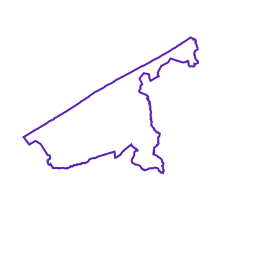 Grands Ponts, Lagunes, Ivory Coast, rotated 155°
{"feature_id": "98640826B83353125268201", "entity_name": "Grands Ponts", "entity_type": "district", "adm_level": 2, "iso_a3": "CIV", "parent_name": "Ivory Coast", "parent_adm1": "Lagunes", "projection": "albers", "projection_center": [-4.906, 5.455], "detail": "fine", "context": "isolated", "style": "outline", "palette": "violet", "viewbox_px": 256, "rotation_deg": 155, "n_neighbors": 0, "source": "geoboundaries", "source_scale": "gbopen_adm2", "svg_char_len": 5873}
<svg xmlns="http://www.w3.org/2000/svg" viewBox="0 0 256 256"><g transform="rotate(155 128 128)"><path d="M116.6,73.3L115.4,72.4L114.9,73.5L113.6,74.1L113.5,74.4L113.6,75.0L113.4,75.6L113.5,76.3L112.8,78.2L112.9,78.5L113.2,78.9L113.2,79.1L112.0,79.5L111.7,79.7L111.5,80.1L110.7,81.1L110.8,81.5L111.4,82.3L111.4,82.7L110.9,83.9L110.9,85.4L111.1,86.0L111.9,87.7L113.0,89.0L113.1,90.0L113.3,90.5L114.3,91.3L114.7,92.2L115.2,93.0L116.0,93.2L116.1,93.6L115.8,94.0L115.5,94.7L114.5,94.9L114.2,95.3L114.1,95.9L114.5,96.4L114.4,96.6L114.0,96.7L113.5,97.0L113.1,98.3L112.4,99.2L112.2,99.2L111.6,99.2L111.0,99.5L109.8,99.6L109.4,99.9L108.8,100.5L107.8,100.4L107.5,100.4L107.2,100.7L107.1,101.3L106.6,101.6L106.5,101.9L106.7,102.3L106.6,102.7L105.9,104.0L105.5,104.3L104.9,106.3L104.3,106.9L103.4,107.0L102.6,108.0L102.2,108.7L101.6,109.2L101.6,109.9L101.9,110.2L102.3,110.4L102.5,110.8L102.5,111.3L103.0,111.4L103.1,111.5L103.7,111.6L103.9,112.6L104.3,113.3L104.2,114.0L105.1,115.1L105.0,115.6L104.4,116.5L104.8,116.8L105.2,117.9L105.2,118.6L105.5,119.7L105.4,120.6L105.4,120.9L105.6,121.1L105.2,121.4L104.8,122.3L104.8,122.5L104.4,123.1L103.8,123.4L103.7,123.7L103.9,124.1L103.9,124.9L103.5,125.4L103.3,126.1L103.5,126.3L103.3,126.4L103.5,126.8L102.8,127.2L102.8,127.7L102.7,127.9L102.8,128.3L102.4,129.0L102.4,129.9L101.9,130.4L101.9,130.7L101.3,131.0L101.2,131.4L101.0,131.8L101.0,132.2L100.7,132.6L100.4,132.7L100.2,132.9L100.2,134.6L99.8,135.1L99.8,135.3L99.9,135.5L99.9,136.6L99.2,136.8L98.6,137.9L98.6,138.1L98.7,138.5L98.8,139.2L98.8,139.5L98.6,139.6L98.7,139.8L98.6,140.2L98.3,140.6L97.9,140.8L98.0,141.1L98.3,141.5L97.5,142.1L97.8,142.4L97.8,142.8L97.4,143.2L97.8,144.0L97.8,144.3L98.0,144.3L98.1,144.5L97.9,145.1L97.9,145.4L98.1,146.0L98.3,146.0L98.3,146.4L98.4,146.7L98.2,146.8L97.9,146.7L97.8,147.1L97.3,147.3L97.2,147.2L97.2,147.5L97.0,147.8L96.5,148.0L96.7,148.7L96.9,148.8L97.2,149.4L97.1,149.9L102.0,155.1L102.4,155.8L102.4,156.0L102.4,156.6L102.0,157.3L101.5,157.6L100.7,157.8L99.8,158.8L99.5,159.6L99.5,160.3L99.4,160.4L98.2,161.2L97.4,161.3L96.6,161.6L96.6,168.0L90.6,171.0L86.3,167.9L86.9,165.8L87.4,164.9L87.5,163.2L87.8,162.0L87.6,161.2L81.9,161.8L78.3,161.9L78.7,163.4L78.2,164.1L77.5,164.7L77.6,165.7L71.5,170.2L63.9,170.5L60.1,173.0L50.7,164.2L49.5,164.0L49.2,163.7L48.5,163.5L46.6,163.5L45.7,163.7L45.3,163.6L45.3,162.6L45.6,162.3L45.6,161.9L45.9,161.2L45.8,160.7L46.4,159.2L46.4,158.1L45.5,157.4L43.9,157.0L42.7,156.0L41.9,156.0L41.2,156.3L41.1,157.3L40.8,158.2L40.1,157.6L38.8,157.4L37.2,157.4L36.9,157.7L36.5,158.4L36.5,158.9L36.7,159.3L37.4,161.2L37.5,161.7L37.5,162.6L37.3,163.4L37.4,163.9L37.3,164.4L37.0,164.7L36.8,165.0L37.0,166.1L36.5,166.6L36.7,167.3L36.0,168.3L35.3,168.7L34.7,169.5L33.8,169.6L32.9,169.5L31.8,169.8L31.6,170.1L31.5,170.5L31.2,171.0L31.1,171.5L31.2,171.9L30.8,174.0L30.9,174.4L30.7,174.8L30.7,175.2L30.9,175.5L30.7,176.5L30.9,176.9L30.7,177.2L30.3,177.2L29.8,177.7L30.0,178.1L30.0,178.4L29.7,178.7L29.6,179.2L29.9,179.5L29.9,179.9L30.2,180.1L30.8,180.8L31.3,180.7L31.2,181.0L31.4,181.4L31.1,181.5L31.4,181.8L31.9,182.0L32.8,183.1L33.0,183.6L40.6,182.3L42.6,182.3L43.8,181.8L48.9,181.4L51.0,180.8L53.8,180.8L57.3,180.2L63.4,179.6L66.4,179.6L70.1,178.9L77.7,178.8L79.8,178.4L87.7,177.9L88.9,178.1L93.7,177.9L94.3,177.6L97.5,177.6L105.8,177.0L107.0,177.2L107.7,177.2L108.8,176.8L112.2,176.8L112.6,176.9L113.2,176.7L120.1,176.4L121.1,175.9L124.9,175.5L126.9,175.8L128.1,175.5L130.2,175.6L132.9,174.9L138.7,174.6L142.8,174.5L149.2,173.4L150.7,172.8L152.9,172.7L156.5,172.0L158.7,172.0L159.6,171.8L160.4,171.4L169.8,170.1L177.3,169.1L187.1,168.1L190.8,167.9L191.3,167.3L197.3,167.3L198.5,166.8L204.7,166.1L207.6,165.9L209.9,165.5L212.9,165.5L217.9,164.8L226.4,163.9L224.5,154.7L217.3,155.4L213.9,150.3L212.3,137.4L210.8,136.4L210.6,136.3L210.6,136.0L210.7,135.1L211.0,134.7L211.3,133.6L211.6,133.2L212.1,133.0L213.4,133.0L214.0,132.7L214.6,132.7L214.9,131.9L214.6,131.6L214.7,131.3L214.9,131.2L215.1,131.3L215.3,131.1L215.5,129.0L215.3,128.5L214.7,127.8L214.0,128.0L213.9,127.7L213.4,128.0L213.2,125.7L213.2,125.4L212.7,124.8L213.0,124.0L213.0,123.4L208.9,121.6L208.3,121.6L207.8,120.6L207.5,120.4L206.4,120.5L206.1,120.0L205.1,119.9L204.2,119.4L203.4,119.2L202.4,118.2L201.7,117.9L201.5,117.7L200.7,117.6L200.6,117.2L200.0,117.0L199.8,117.1L199.6,117.4L199.3,117.4L199.0,117.0L198.6,117.1L197.8,117.0L196.8,117.4L196.7,117.6L196.2,117.6L196.1,117.3L195.7,117.5L195.6,117.4L195.5,117.1L195.2,117.1L195.0,116.7L194.5,116.9L194.3,116.8L193.9,117.0L193.7,116.8L193.0,117.2L192.5,117.2L192.4,117.0L191.8,117.0L191.1,116.7L190.9,116.2L190.6,116.2L190.3,116.2L189.8,116.5L189.3,116.5L188.8,115.9L187.6,115.9L186.9,115.4L186.7,115.7L186.3,115.8L185.9,115.6L185.5,115.7L185.3,115.4L185.1,115.6L184.7,115.7L184.0,115.3L183.2,115.3L182.9,115.1L182.5,114.5L182.2,114.3L181.4,114.6L181.1,114.6L180.3,114.2L178.9,114.4L178.1,114.4L177.6,115.0L176.2,115.9L175.3,116.0L172.0,115.3L171.3,115.2L170.8,114.8L170.0,114.5L169.4,114.5L168.7,114.8L168.2,114.9L150.2,112.3L152.2,106.4L151.3,106.3L150.6,106.4L150.1,106.3L149.0,106.5L148.6,106.4L147.8,106.8L146.1,106.9L145.3,107.4L144.3,108.2L142.6,108.9L141.9,109.0L141.8,109.3L131.9,111.7L132.0,110.0L131.9,109.7L131.4,109.2L131.3,108.3L131.0,108.0L130.7,107.0L130.0,106.4L129.6,106.2L129.6,105.2L129.1,104.8L128.8,104.4L128.7,103.6L128.9,103.4L129.8,103.8L130.3,103.9L130.8,104.1L132.5,103.3L132.7,103.1L133.6,101.2L134.2,100.3L135.9,99.0L136.9,98.5L137.7,98.0L138.8,96.0L138.8,95.2L137.9,93.5L136.8,91.9L136.3,91.4L134.9,90.7L134.3,90.2L133.3,88.7L132.7,86.7L132.8,85.5L132.7,85.2L131.9,84.4L131.8,83.9L131.1,83.4L131.2,83.2L131.1,82.9L130.8,82.9L130.7,82.5L126.8,82.3L125.6,82.4L122.7,81.1L121.5,80.7L120.2,80.7L119.8,80.5L117.8,78.7L117.8,78.3L118.0,77.4L118.1,76.3L118.0,76.0L117.5,75.8L117.6,75.2L117.4,74.7L117.0,74.4L117.1,74.0L116.6,73.3Z" fill="none" stroke="#5b21b6" stroke-width="2"/></g></svg>